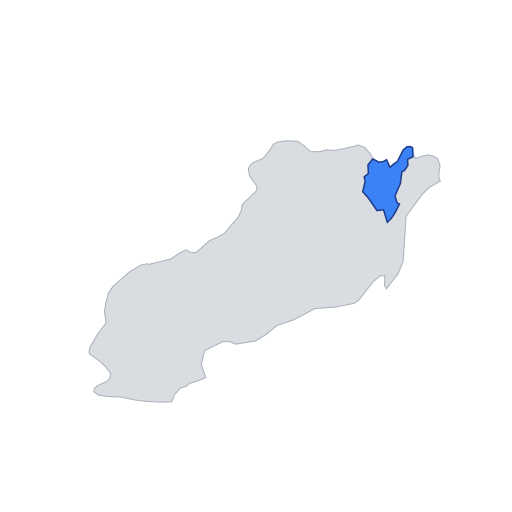 location of Gjirokastër, Gjirokastër, Albania, rotated 243°
{"feature_id": "67620474B28188595050305", "entity_name": "Gjirokastër", "entity_type": "district", "adm_level": 2, "iso_a3": "ALB", "parent_name": "Albania", "parent_adm1": "Gjirokastër", "projection": "equal_earth", "projection_center": [20.246, 40.01], "detail": "fine", "context": "in_parent", "style": "filled", "palette": "blue", "viewbox_px": 512, "rotation_deg": 243, "n_neighbors": 0, "source": "geoboundaries", "source_scale": "gbopen_adm2", "svg_char_len": 1954}
<svg xmlns="http://www.w3.org/2000/svg" viewBox="0 0 512 512"><g transform="rotate(243 256 256)"><path d="M170.5,156.1L170.9,149.3L172.6,138.5L171.6,134.9L172.6,128.7L169.5,120.5L164.3,114.6L169.4,104.1L176.8,91.5L183.6,81.5L192.0,71.1L197.5,61.1L203.5,52.5L208.6,49.9L211.1,51.7L212.4,55.5L212.1,66.6L213.8,70.4L217.3,73.3L224.8,71.9L233.0,69.1L244.2,63.2L246.1,63.6L250.2,66.7L258.7,80.1L264.4,91.9L275.7,96.0L281.9,100.6L290.0,107.7L293.9,114.8L299.4,136.4L300.1,149.5L298.5,155.4L297.1,157.0L292.1,178.3L293.3,189.2L293.3,196.4L289.1,199.2L286.2,203.7L290.8,221.5L290.3,229.1L290.5,237.9L298.8,257.8L303.7,264.0L308.1,266.9L313.7,285.3L317.1,288.5L330.7,286.7L337.3,288.8L340.0,293.1L340.6,296.1L339.7,306.4L343.2,314.4L347.7,322.5L347.7,327.5L344.7,335.7L339.3,345.3L332.1,348.9L324.1,352.0L320.3,359.5L318.4,367.4L314.8,373.2L312.7,379.6L309.3,392.8L308.5,397.5L303.1,402.4L294.7,404.3L287.2,404.7L282.1,407.0L279.6,411.5L274.8,415.1L271.9,416.7L271.9,420.7L275.4,429.1L279.4,435.9L279.5,441.3L277.5,442.8L271.4,442.1L270.1,444.2L269.4,450.2L267.8,455.5L265.2,458.6L260.8,462.1L252.8,461.0L245.3,455.7L241.3,454.1L239.1,454.3L238.5,441.5L235.2,431.6L223.3,407.8L184.5,384.7L175.4,374.3L171.5,365.6L167.5,357.4L171.3,357.1L175.1,359.2L180.0,361.7L181.9,357.6L179.9,348.6L170.0,327.6L169.3,321.8L174.2,304.3L182.4,284.6L182.0,260.8L184.6,242.9L181.8,231.2L180.5,217.0L186.6,198.0L191.7,193.4L194.8,187.4L195.1,167.2L183.7,157.8L170.5,156.1Z" fill="#d9dde1" stroke="#a8b0b8" stroke-width="1"/><path d="M256.7,382.4L241.6,384.4L239.2,390.6L226.4,388.3L228.3,394.1L231.7,400.0L237.2,407.4L239.3,405.8L246.4,407.1L255.0,417.5L264.9,424.3L264.8,427.2L267.7,432.4L273.4,435.0L273.1,440.8L281.2,444.7L283.4,443.3L284.8,440.0L283.7,435.3L276.0,424.9L275.4,420.1L274.1,415.7L282.5,416.0L282.4,411.9L283.9,408.1L289.5,404.1L286.5,397.2L278.5,393.6L277.4,388.3L273.2,387.3L264.8,380.3L256.7,382.4Z" fill="#3b82f6" stroke="#1e3a8a" stroke-width="1.5"/></g></svg>